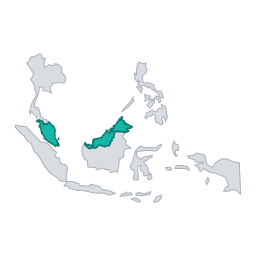 map of Malaysia with Indonesia, Thailand, Philippines and Brunei greyed out
{"feature_id": "MYS", "entity_name": "Malaysia", "entity_type": "country or territory", "adm_level": 0, "iso_a3": "MYS", "parent_name": "Asia", "parent_adm1": "", "projection": "albers", "projection_center": [110.864, 4.107], "detail": "fine", "context": "with_neighbors", "style": "filled", "palette": "teal", "viewbox_px": 256, "rotation_deg": 0, "n_neighbors": 4, "source": "natural_earth", "source_scale": "50m", "svg_char_len": 10172}
<svg xmlns="http://www.w3.org/2000/svg" viewBox="0 0 256 256"><path d="M239.3,162.7L240.6,194.1L236.1,190.4L231.0,189.6L229.9,191.0L223.6,191.4L225.6,187.4L228.6,185.9L227.2,180.8L224.7,176.8L215.0,173.0L210.9,172.7L203.4,168.5L202.0,170.9L200.1,171.4L198.9,169.6L198.9,167.5L195.0,165.2L200.3,163.3L203.8,163.3L203.3,162.0L196.2,162.2L194.1,159.4L189.7,158.6L187.6,156.2L194.2,154.9L196.6,153.2L204.6,155.0L207.0,164.6L212.2,167.4L216.1,162.1L221.7,159.0L226.0,158.8L234.0,162.0L239.3,162.7ZM161.0,195.2L161.7,197.6L158.5,201.2L154.3,202.3L153.7,201.8L156.2,197.2L161.0,195.2ZM206.5,184.6L205.9,181.0L207.8,177.6L208.9,179.0L209.0,181.3L206.5,184.6ZM125.4,132.5L122.6,136.9L126.3,141.5L125.4,143.8L131.0,148.2L125.2,148.9L123.6,152.2L123.8,156.6L119.1,160.0L119.0,164.9L117.2,172.3L116.4,170.6L110.9,172.8L108.9,169.8L105.4,169.6L102.9,168.0L97.1,169.8L95.3,167.4L88.0,167.1L87.3,160.6L84.8,159.3L82.5,155.1L81.8,150.8L82.4,146.3L85.3,143.0L86.1,146.3L89.4,149.1L92.6,148.1L95.7,148.4L98.6,146.0L100.9,145.5L105.5,146.9L109.5,145.8L112.0,139.0L113.9,137.3L115.5,131.7L125.4,132.5ZM182.2,165.5L187.6,166.7L189.5,170.4L185.3,168.5L175.0,168.5L176.1,165.8L182.2,165.5ZM170.0,170.5L166.6,169.7L165.6,167.6L170.5,167.3L171.8,168.9L170.0,170.5ZM174.6,141.3L175.0,144.0L177.9,144.4L178.4,146.3L178.2,150.6L175.7,150.2L175.0,153.2L177.1,155.7L175.7,156.3L173.7,153.3L172.1,147.1L173.0,143.1L174.6,141.3ZM144.0,147.5L155.8,147.8L160.6,144.2L161.5,145.3L157.6,150.2L154.0,151.2L149.2,150.3L136.8,151.4L136.2,155.1L140.6,159.4L143.2,157.2L152.3,155.4L152.0,157.6L149.8,157.0L147.7,159.8L143.4,161.8L148.2,168.0L147.3,169.6L151.8,175.2L151.8,178.3L149.2,179.8L147.2,178.1L149.6,174.1L144.8,176.1L143.5,174.8L144.1,172.9L140.5,170.1L140.9,165.3L137.6,166.9L138.4,179.4L135.2,180.2L133.1,178.8L134.5,174.3L133.7,169.6L131.6,169.6L130.0,166.3L132.0,163.1L135.1,151.9L136.1,149.8L140.2,146.1L144.0,147.5ZM138.0,202.1L131.3,198.8L135.9,197.8L140.3,200.7L140.0,202.0L138.0,202.1ZM143.0,193.8L146.3,193.4L150.7,191.6L150.1,194.3L142.6,195.7L136.0,195.2L136.0,193.5L139.9,192.4L143.0,193.8ZM127.8,193.2L130.8,192.7L132.1,194.8L120.3,196.4L121.9,193.7L124.7,193.6L126.0,191.9L127.8,193.2ZM79.4,184.0L80.1,185.7L89.5,186.2L90.6,184.2L99.8,186.5L101.6,189.6L109.0,190.5L115.1,193.3L109.5,195.1L104.0,193.2L94.4,193.0L80.4,189.9L78.4,190.5L69.3,188.4L68.5,186.4L64.0,186.0L67.4,181.4L73.4,181.7L79.4,184.0ZM59.3,158.0L60.1,161.4L61.8,164.1L65.4,164.6L67.8,167.7L66.5,173.7L66.2,181.2L60.8,181.3L56.6,177.2L50.4,173.2L44.6,166.2L38.6,155.7L34.3,151.5L31.2,143.5L26.8,140.3L24.3,136.1L20.7,133.3L15.7,127.8L15.4,125.3L26.0,126.6L41.2,142.3L46.1,142.4L50.2,145.8L53.0,149.9L56.7,152.2L54.7,156.2L57.5,157.9L59.3,158.0Z" fill="#d9dde1" stroke="#a8b0b8" stroke-width="1"/><path d="M64.0,83.2L59.5,82.4L53.2,83.3L50.1,87.3L51.2,93.1L46.9,90.9L42.8,90.9L43.5,87.1L39.3,87.1L38.8,92.4L34.5,103.7L34.8,107.3L37.9,107.5L39.8,111.9L40.6,116.2L43.3,119.0L46.2,119.6L48.7,122.2L47.1,124.2L43.9,124.7L43.5,122.2L39.6,120.0L38.8,120.9L36.9,119.0L36.1,116.5L31.2,111.4L30.4,114.2L29.5,111.5L31.6,103.8L36.7,94.4L34.9,89.9L34.5,85.0L30.2,78.7L31.9,77.8L33.7,73.7L26.6,62.8L28.6,61.9L30.9,56.9L34.2,56.7L39.8,53.7L41.8,55.1L42.1,58.0L45.3,58.2L44.1,63.2L44.1,67.5L49.2,64.7L50.6,65.5L53.5,65.4L54.4,63.8L58.1,64.1L61.7,68.0L61.9,72.7L65.8,76.9L65.6,81.0L64.0,83.2Z" fill="#d9dde1" stroke="#a8b0b8" stroke-width="1"/><path d="M141.3,92.9L136.7,86.9L140.9,87.0L142.6,88.7L141.3,92.9ZM146.9,105.0L149.1,102.3L149.6,99.2L152.2,98.9L151.5,102.2L155.0,97.4L154.6,102.1L149.9,108.3L146.9,105.0ZM165.5,106.7L167.3,116.9L165.7,121.4L163.8,116.5L161.6,119.0L163.2,122.6L161.9,124.9L156.1,122.2L154.7,118.6L156.1,116.3L153.0,114.0L151.5,116.1L149.2,115.9L145.7,118.7L144.8,117.3L146.7,113.1L152.3,109.9L154.1,112.0L157.8,110.6L158.5,108.4L161.9,108.3L161.6,104.5L165.5,106.7ZM128.2,107.1L121.8,111.8L124.1,108.4L130.4,101.9L132.9,97.1L133.8,101.0L128.2,107.1ZM146.1,64.0L145.4,65.9L147.0,69.3L145.8,73.3L143.0,74.9L142.3,78.8L143.4,82.6L146.0,83.1L148.1,82.5L154.2,85.1L153.8,87.7L155.4,88.9L154.9,91.1L151.1,88.8L149.3,86.3L148.1,88.1L145.0,85.2L140.6,86.0L138.2,85.0L138.4,83.0L139.9,81.7L138.4,80.6L137.8,82.4L135.4,79.6L134.7,77.6L134.5,73.0L136.4,74.5L136.8,67.1L138.3,62.7L141.2,62.7L144.2,64.0L145.7,62.8L146.1,64.0ZM145.1,96.7L144.4,94.4L147.3,95.9L150.3,95.8L150.3,97.8L145.0,101.4L145.1,96.7ZM161.8,92.8L163.3,98.2L159.5,97.0L160.9,101.6L158.6,102.7L158.3,99.3L156.9,99.1L156.1,96.1L158.9,96.5L158.8,94.6L155.8,91.0L160.4,91.0L161.8,92.8Z" fill="#d9dde1" stroke="#a8b0b8" stroke-width="1"/><path d="M113.5,126.1L113.0,131.7L110.7,131.5L109.7,133.2L107.4,130.7L113.5,126.1Z" fill="#d9dde1" stroke="#a8b0b8" stroke-width="1"/><path d="M123.9,132.3L123.7,132.3L123.3,132.2L122.4,131.7L121.5,131.5L120.3,131.5L119.6,131.4L119.3,131.5L119.1,131.5L118.9,131.4L118.7,131.4L118.2,131.7L117.7,131.5L117.3,131.4L116.8,131.5L116.3,131.8L115.7,131.5L115.4,131.6L115.1,132.0L114.6,132.3L114.4,132.8L114.2,133.3L114.1,133.5L114.1,134.5L114.0,135.0L114.1,135.7L114.1,135.9L113.9,136.3L113.7,137.1L113.8,137.3L113.7,137.5L113.6,137.9L113.2,138.1L112.9,138.1L112.5,138.0L112.3,138.2L111.9,138.6L111.8,138.9L111.8,139.1L111.8,139.3L111.7,139.5L111.7,139.9L112.0,140.0L112.2,140.5L111.8,140.8L111.2,141.3L110.6,141.7L110.3,141.8L110.2,142.0L110.3,142.8L110.5,142.9L110.5,143.1L110.4,143.5L110.2,143.7L109.9,143.8L109.7,144.6L109.6,144.9L109.3,145.4L109.2,145.6L108.4,145.5L107.8,145.6L107.1,145.7L106.5,145.7L106.0,145.8L105.7,146.1L105.3,146.4L104.9,146.7L104.6,146.8L104.1,146.4L103.8,146.5L103.4,146.3L101.9,145.8L101.6,145.8L101.5,145.7L101.5,145.3L101.3,145.2L99.0,145.2L98.4,145.4L97.9,145.6L97.6,145.8L97.5,146.3L97.3,146.8L97.1,147.3L96.3,147.4L95.8,147.9L95.6,148.0L95.2,147.9L94.8,147.9L94.5,148.0L94.2,148.0L93.2,147.8L92.3,147.7L91.5,147.9L89.9,148.6L89.4,148.6L89.2,148.5L88.9,148.3L88.5,148.0L87.5,147.0L87.1,146.8L86.9,146.6L86.7,146.3L86.3,146.0L86.0,145.8L85.6,145.4L85.2,145.0L85.1,144.2L84.8,144.0L84.7,143.8L84.7,143.6L85.1,142.9L85.4,143.6L85.6,143.8L86.3,144.2L86.8,144.5L87.5,144.5L88.1,144.6L88.4,144.5L88.6,144.4L88.9,144.5L90.2,145.3L90.7,145.4L91.3,145.4L91.5,145.4L92.3,146.0L92.5,146.1L92.9,146.0L92.1,145.6L92.0,145.2L92.0,144.9L92.4,144.6L92.6,144.4L92.6,143.6L92.8,143.1L93.0,142.8L93.1,142.4L92.8,142.1L92.8,141.6L92.8,141.2L93.0,140.9L93.5,141.3L93.8,141.3L94.0,141.2L94.0,140.6L94.0,140.0L94.3,139.4L94.9,139.1L95.4,138.9L97.3,138.6L100.3,137.8L101.2,137.5L101.5,137.4L101.8,137.2L102.3,136.5L103.1,135.4L103.7,134.5L105.0,133.3L106.1,132.1L106.2,131.8L106.4,131.2L106.4,130.9L106.4,130.6L106.5,130.4L106.9,130.5L107.3,130.7L107.5,130.9L107.7,131.2L107.8,131.5L107.8,131.8L108.0,132.0L108.5,132.0L108.9,132.7L109.2,133.0L109.4,133.1L109.6,133.1L110.0,132.8L110.2,132.4L110.4,131.9L110.5,131.5L110.5,131.3L110.3,131.0L110.1,130.0L110.1,129.7L110.6,129.3L111.0,129.0L111.4,128.8L111.4,129.8L111.6,130.4L111.8,131.3L112.1,131.4L112.5,131.5L112.9,131.4L112.7,131.0L112.6,130.1L112.4,129.6L112.1,129.0L112.0,128.8L113.1,128.7L113.4,128.5L113.8,128.1L114.0,127.9L114.1,127.4L113.6,127.1L113.3,126.7L113.3,126.3L114.0,125.5L114.2,125.4L114.3,125.6L114.6,125.7L114.9,125.7L115.2,125.7L115.5,125.3L115.7,124.8L116.4,124.0L116.7,123.4L116.8,122.8L118.5,120.8L118.7,120.5L119.7,118.6L119.9,118.5L120.1,118.7L120.2,119.3L120.2,119.6L120.0,120.0L119.9,120.4L120.1,120.4L120.6,120.2L121.1,119.5L121.3,118.9L121.6,118.6L122.1,118.8L122.2,119.3L122.2,119.5L122.4,120.1L122.8,120.4L123.4,120.6L123.9,120.8L124.1,121.0L124.2,121.3L124.4,121.6L124.4,122.0L124.0,122.4L124.2,123.0L124.1,123.3L124.0,123.6L123.4,123.9L125.0,123.6L125.4,123.5L125.9,123.1L126.2,123.4L126.4,124.0L126.2,124.2L125.6,124.4L125.5,124.5L125.7,124.8L126.0,124.7L126.6,124.5L127.1,124.2L127.3,124.2L127.6,124.3L128.1,124.5L128.4,124.6L128.6,124.9L128.8,125.3L129.4,125.5L130.5,126.1L130.8,126.1L131.0,126.2L131.6,126.1L131.8,126.2L132.0,126.4L132.1,126.7L132.0,127.0L131.8,127.4L131.4,127.7L130.3,128.1L129.2,128.4L128.6,128.4L127.8,128.1L127.5,128.2L127.2,128.3L126.8,129.1L127.5,129.8L128.7,130.6L128.8,130.8L128.8,131.1L128.6,131.2L128.4,131.3L127.7,131.5L127.0,131.6L126.5,131.7L126.0,131.9L125.4,131.8L124.7,131.5L124.2,131.7L124.0,132.2L123.9,132.3ZM38.9,121.0L39.0,120.8L39.1,120.0L39.2,119.9L39.4,119.8L39.6,119.8L40.0,120.5L41.1,120.9L41.4,121.0L41.8,120.8L42.0,120.9L42.2,121.1L42.3,121.6L42.6,122.0L43.1,121.9L43.3,122.0L43.5,122.4L43.6,123.0L43.5,123.4L43.1,124.0L43.1,124.3L43.3,124.5L43.5,124.8L43.7,125.0L43.9,125.0L44.1,124.8L44.3,124.5L44.4,124.2L45.1,123.9L45.9,123.7L46.0,123.7L46.1,123.8L46.3,124.2L46.5,124.3L47.0,124.3L47.4,124.1L47.6,123.7L47.7,123.4L48.3,122.8L48.4,122.4L48.5,122.1L49.4,122.3L49.7,122.4L50.6,124.0L51.9,125.0L52.4,125.4L52.8,125.6L53.3,126.2L53.8,126.9L54.9,129.0L55.0,129.8L55.1,131.2L54.8,133.2L54.6,134.2L54.6,134.7L55.0,135.5L54.9,136.2L54.9,136.7L54.9,138.3L55.1,138.8L55.4,139.1L56.7,140.1L56.8,140.4L57.4,141.7L58.6,144.3L59.0,145.5L58.9,145.8L58.4,146.0L58.1,145.8L58.0,145.6L58.1,145.4L57.9,145.2L57.7,145.0L57.5,144.8L57.5,145.1L57.5,145.6L57.2,145.6L56.7,145.5L56.1,145.6L55.4,146.2L55.0,146.2L54.8,145.7L54.6,145.4L54.4,145.1L52.2,143.9L51.4,143.6L50.5,142.7L48.5,141.6L47.3,140.6L46.8,140.0L45.5,139.5L45.0,138.8L44.7,138.7L44.4,138.5L44.7,137.9L44.6,137.2L44.5,136.7L43.6,135.6L43.1,134.8L42.3,134.1L42.0,133.6L41.7,133.1L41.9,133.0L42.1,132.9L41.9,132.5L41.4,131.9L41.2,131.1L41.2,129.8L40.5,127.8L40.0,125.2L40.1,124.2L40.0,123.2L39.6,122.3L39.1,121.6L38.9,121.0ZM121.6,117.7L121.3,117.9L121.2,117.6L121.3,117.2L121.7,116.8L122.2,116.8L122.3,117.1L122.2,117.4L122.1,117.6L121.6,117.7ZM37.6,120.8L37.9,121.4L37.8,121.6L37.7,121.7L37.3,121.8L37.1,121.8L36.9,121.5L36.7,121.3L36.6,121.1L36.9,121.0L37.1,121.1L37.5,120.9L37.6,120.8ZM93.7,141.0L93.3,140.9L93.3,139.4L93.5,139.3L93.7,139.6L93.7,140.3L93.7,140.8L93.7,141.0ZM39.7,126.6L39.2,126.7L39.3,125.9L39.5,125.8L39.8,125.9L39.9,126.0L39.7,126.6ZM125.4,132.2L124.7,132.3L124.2,132.3L124.3,132.1L124.3,131.9L124.5,131.9L124.8,131.9L125.4,132.2ZM58.7,139.4L58.3,139.4L58.3,139.2L58.5,138.7L58.7,139.2L58.7,139.4ZM44.5,138.0L44.3,138.0L44.3,137.9L44.3,137.7L44.5,137.6L44.5,138.0Z" fill="#14b8a6" stroke="#0f766e" stroke-width="1.5"/></svg>